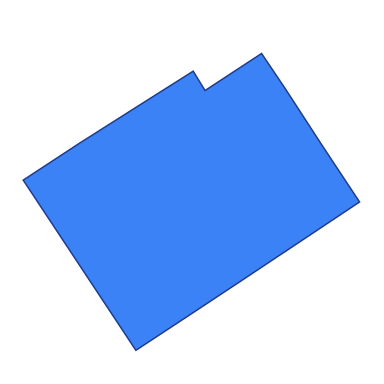 outline of Noble, Indiana, United States of America, rotated 147°
{"feature_id": "52423323B7904044051324", "entity_name": "Noble", "entity_type": "district", "adm_level": 2, "iso_a3": "USA", "parent_name": "United States of America", "parent_adm1": "Indiana", "projection": "orthographic", "projection_center": [-85.476, 41.395], "detail": "fine", "context": "isolated", "style": "filled", "palette": "blue", "viewbox_px": 384, "rotation_deg": 147, "n_neighbors": 0, "source": "geoboundaries", "source_scale": "gbopen_adm2", "svg_char_len": 318}
<svg xmlns="http://www.w3.org/2000/svg" viewBox="0 0 384 384"><g transform="rotate(147 192 192)"><path d="M58.2,270.3L125.8,270.0L125.2,292.7L191.4,293.5L259.4,294.2L327.1,293.9L325.3,89.8L258.7,90.2L191.6,90.8L56.9,92.4L57.5,159.7L57.5,226.4L58.2,270.3Z" fill="#3b82f6" stroke="#1e3a8a" stroke-width="1.5"/></g></svg>